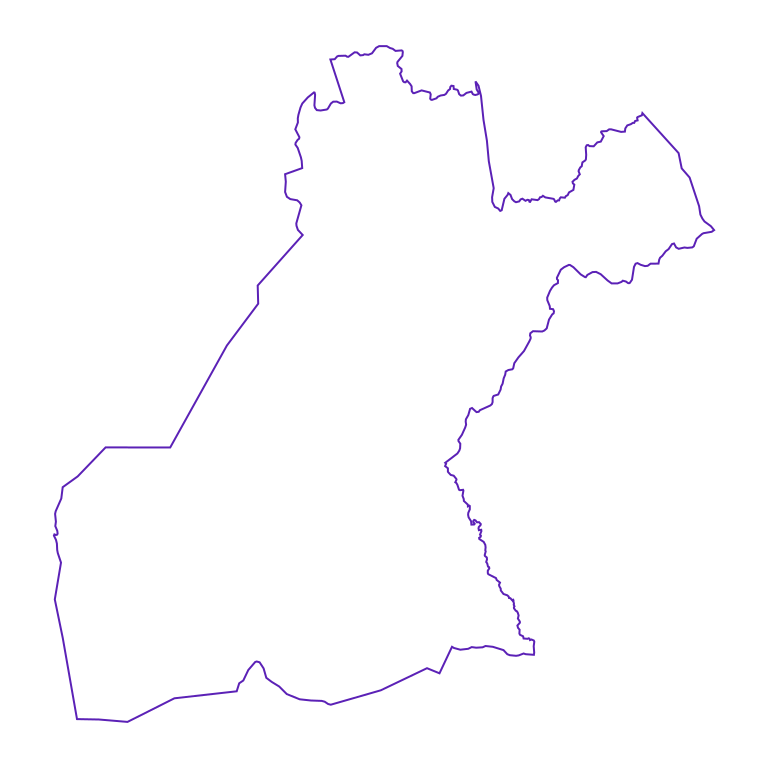 Mossurize, Manica, Mozambique (Natural Earth projection)
{"feature_id": "85939544B24800488676804", "entity_name": "Mossurize", "entity_type": "district", "adm_level": 2, "iso_a3": "MOZ", "parent_name": "Mozambique", "parent_adm1": "Manica", "projection": "natural_earth1", "projection_center": [33.088, -20.472], "detail": "fine", "context": "isolated", "style": "outline", "palette": "violet", "viewbox_px": 768, "rotation_deg": 0, "n_neighbors": 0, "source": "geoboundaries", "source_scale": "gbopen_adm2", "svg_char_len": 6028}
<svg xmlns="http://www.w3.org/2000/svg" viewBox="0 0 768 768"><path d="M642.4,113.1L641.9,115.3L637.5,117.1L637.1,117.7L637.6,120.4L635.1,121.0L634.2,122.9L632.8,122.9L630.8,124.2L627.3,125.4L625.3,128.4L624.9,131.6L621.1,131.9L611.0,129.3L609.2,129.3L606.7,131.1L601.7,131.3L601.2,131.6L601.1,132.4L603.7,136.1L600.8,141.6L597.3,142.4L593.7,146.3L589.5,146.1L588.1,145.0L586.7,145.3L585.7,147.3L586.2,154.9L585.9,159.3L585.3,160.4L582.4,162.4L581.7,166.3L580.3,167.4L578.8,170.1L578.6,171.3L579.8,174.3L578.2,176.0L576.9,178.5L574.5,179.8L572.5,181.8L572.9,183.4L574.3,184.6L573.4,189.9L569.0,192.4L567.7,195.1L565.8,196.2L564.9,197.7L560.8,197.3L559.8,198.4L559.1,200.4L557.7,200.4L555.9,201.9L555.1,201.5L554.1,199.3L553.3,198.8L545.3,197.4L542.9,195.8L541.6,197.0L540.0,197.3L539.1,199.0L537.6,200.1L531.6,199.3L530.1,201.9L529.5,201.8L528.8,200.0L527.4,199.8L525.5,200.8L522.4,198.7L520.6,199.4L519.2,201.4L516.0,202.2L514.3,201.3L512.1,199.1L510.5,194.9L508.3,193.1L507.6,194.9L504.4,198.8L501.7,210.2L500.2,210.9L498.2,208.5L494.8,206.9L492.3,201.9L492.1,197.2L493.7,188.2L488.8,161.2L486.9,140.6L483.5,119.9L481.0,95.9L478.5,85.7L475.5,81.4L476.7,89.5L478.6,92.7L478.4,93.9L477.6,94.4L475.3,95.0L473.7,94.6L472.8,94.1L471.5,91.6L466.5,92.9L463.3,95.4L460.9,95.6L459.2,94.2L457.9,90.4L457.0,89.7L453.8,89.0L453.5,86.0L451.4,85.7L450.3,87.0L450.0,89.1L448.2,90.4L446.0,93.8L444.4,94.9L440.6,95.5L437.7,96.8L436.5,98.3L431.9,99.9L430.9,99.6L430.2,98.7L430.7,94.3L429.9,92.5L421.6,90.4L414.4,93.1L413.2,93.1L411.8,91.3L411.6,86.3L410.1,84.0L407.0,80.6L405.6,82.3L404.2,82.2L403.1,81.3L400.1,73.7L401.6,71.4L401.5,69.0L397.8,66.0L397.2,63.1L397.5,61.9L402.4,55.9L402.8,52.2L402.6,51.1L401.7,50.4L395.5,50.9L392.7,48.8L390.0,48.0L386.7,46.1L379.2,46.1L376.1,47.8L372.0,53.3L368.4,54.8L364.3,54.3L363.1,55.1L360.3,55.4L357.1,52.5L354.6,52.3L348.4,56.8L347.1,56.7L345.6,55.7L338.5,55.9L337.2,56.4L334.7,59.2L330.4,59.5L344.3,102.2L342.9,103.1L340.6,103.3L336.8,101.6L333.2,101.7L330.9,103.5L327.9,108.6L326.8,109.5L320.6,110.5L316.8,110.1L315.0,107.8L314.4,105.3L315.1,94.8L314.6,92.6L314.0,92.4L307.8,97.4L302.3,103.5L300.5,107.5L298.4,114.9L297.8,118.3L297.9,122.5L295.3,129.3L299.4,137.2L299.1,138.7L297.7,139.8L295.6,142.9L295.4,144.6L297.7,147.9L300.9,157.3L301.7,160.9L302.2,168.1L285.1,174.2L285.8,181.7L285.1,192.0L286.9,196.8L290.3,199.1L297.2,200.3L299.7,202.5L301.4,205.3L296.3,223.4L296.5,225.8L297.9,229.9L302.7,235.0L257.7,285.5L258.2,303.7L226.9,345.5L170.2,447.5L105.6,447.4L77.7,476.4L62.7,487.2L61.3,498.5L55.7,511.2L55.1,513.9L55.9,521.7L55.3,526.1L57.3,530.9L57.6,533.6L57.2,534.6L55.9,535.0L54.4,534.4L53.9,535.6L56.0,539.9L56.9,543.6L57.2,550.0L57.8,553.1L61.0,562.6L54.8,599.4L62.8,638.2L77.0,719.1L98.9,719.5L127.5,721.9L174.4,698.3L236.7,691.3L239.2,683.3L243.3,680.5L248.3,670.0L255.2,662.0L256.7,661.5L259.6,662.3L263.6,668.4L266.3,677.8L271.7,681.9L279.2,686.5L286.8,694.1L299.7,699.3L310.9,700.5L321.7,700.9L324.7,701.7L328.1,704.0L330.8,704.7L380.8,690.3L427.0,668.2L439.5,673.3L452.0,646.8L454.0,648.0L460.3,649.7L468.2,648.8L471.7,647.1L476.2,647.7L482.6,647.3L485.5,646.0L492.8,646.8L503.5,650.1L507.3,654.2L509.8,655.2L516.1,655.8L518.7,655.4L523.6,653.5L525.7,654.2L533.9,654.8L534.2,652.6L533.7,646.2L534.3,641.7L533.8,640.5L531.5,639.5L530.0,640.1L529.4,638.6L528.6,638.3L527.6,638.8L523.6,638.5L523.1,636.3L520.0,634.8L519.4,633.6L519.6,629.7L518.0,627.8L517.4,625.5L519.9,622.7L519.8,621.5L517.9,618.6L518.6,615.4L517.7,612.5L516.6,611.0L515.8,610.8L514.0,608.3L513.9,607.2L514.5,606.3L513.7,604.8L514.0,604.0L513.6,601.9L513.1,601.5L513.5,600.5L513.2,599.7L512.0,600.1L510.4,598.2L509.0,598.0L508.7,596.6L507.3,595.3L503.5,594.0L500.8,590.5L500.7,588.6L499.4,586.4L499.0,584.9L500.0,582.6L496.7,580.0L496.0,578.1L488.3,574.2L487.8,573.1L487.8,570.7L489.3,568.4L489.1,567.2L488.0,566.6L487.2,563.4L486.2,562.0L487.0,559.4L486.8,557.5L484.9,555.9L484.7,555.1L485.7,551.4L485.3,550.3L485.6,547.3L485.3,544.9L483.7,541.9L479.3,539.0L479.1,537.9L480.7,536.7L480.9,535.7L480.0,534.7L481.4,531.1L481.2,529.8L478.9,530.2L478.5,528.3L478.8,527.0L480.5,525.2L480.8,524.1L479.1,522.2L477.0,522.3L475.5,520.4L474.2,519.9L473.4,520.8L473.3,521.9L474.7,523.8L474.1,524.5L471.4,524.6L471.1,521.3L468.6,517.3L468.1,514.8L468.3,512.8L469.8,509.4L469.8,506.0L469.2,505.6L467.9,506.3L467.8,504.6L463.9,501.0L463.7,498.9L462.5,495.8L463.4,490.6L463.1,489.8L460.0,490.2L459.0,489.7L457.4,484.8L456.3,482.9L455.3,482.3L456.5,479.7L456.3,478.9L453.7,475.7L450.7,474.9L448.4,472.4L447.9,471.7L447.9,468.3L445.1,466.1L446.1,463.7L445.2,462.8L457.4,453.5L459.3,450.6L460.1,448.3L460.3,443.7L458.5,441.1L458.4,439.8L461.9,434.8L465.2,427.5L466.1,424.7L465.7,421.6L465.9,419.3L468.3,415.1L470.1,408.8L472.0,408.0L476.5,412.1L478.7,411.8L479.9,410.2L490.3,405.5L491.9,404.1L492.6,402.1L492.6,398.2L493.2,396.6L493.7,395.9L498.2,394.5L500.6,389.6L501.1,386.5L502.6,383.7L503.7,378.3L505.2,374.7L505.7,371.5L508.4,370.0L512.3,369.3L513.2,368.3L514.3,363.2L518.4,357.4L524.0,351.0L529.3,341.4L530.6,338.6L530.7,337.2L530.0,335.5L530.3,333.3L533.0,331.2L542.2,331.5L544.4,330.5L546.7,328.4L549.0,319.6L552.2,314.4L553.6,313.4L554.0,311.2L553.1,309.2L550.0,308.8L549.7,306.0L547.3,300.2L547.2,297.6L550.0,290.9L552.0,287.6L554.0,285.2L557.9,283.1L558.0,280.2L557.0,279.1L556.9,277.8L560.8,269.7L564.1,267.2L568.9,264.9L570.0,265.0L573.4,267.2L580.7,274.4L585.0,277.1L585.8,277.2L587.4,274.9L592.5,272.1L596.1,271.9L600.7,274.2L607.6,280.5L611.6,283.4L617.6,283.4L621.5,281.9L622.8,280.7L625.9,281.5L628.1,283.1L629.1,283.2L629.8,282.9L632.0,279.7L634.0,266.9L635.6,263.7L637.5,263.1L640.7,264.8L645.0,266.1L647.7,265.8L650.5,263.7L658.5,263.6L659.2,259.7L660.1,257.7L662.3,255.8L665.7,251.3L668.6,249.1L672.0,244.1L674.0,243.5L676.1,247.4L678.7,248.8L684.4,247.5L687.4,247.9L692.3,247.4L693.8,246.3L696.7,238.7L702.0,234.0L703.5,233.2L711.7,231.8L714.1,230.1L710.9,226.2L704.5,221.5L702.4,218.6L700.4,214.6L699.1,206.2L689.6,177.5L681.7,168.4L678.6,153.1L642.4,113.1Z" fill="none" stroke="#5b21b6" stroke-width="2"/></svg>